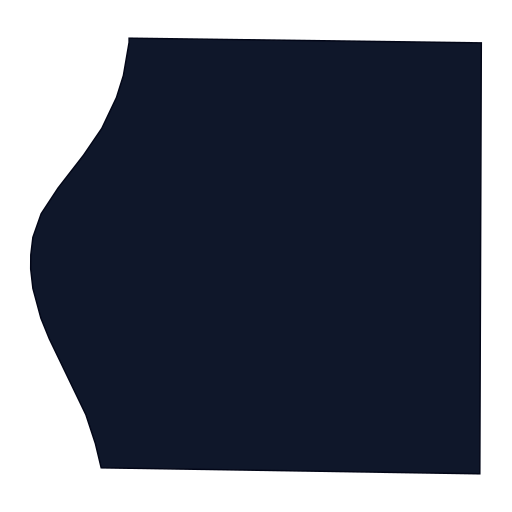 Oceana, Michigan, United States of America
{"feature_id": "52423323B31679500677", "entity_name": "Oceana", "entity_type": "district", "adm_level": 2, "iso_a3": "USA", "parent_name": "United States of America", "parent_adm1": "Michigan", "projection": "mercator", "projection_center": [-86.423, 43.643], "detail": "fine", "context": "isolated", "style": "filled", "palette": "ink", "viewbox_px": 512, "rotation_deg": 0, "n_neighbors": 0, "source": "geoboundaries", "source_scale": "gbopen_adm2", "svg_char_len": 356}
<svg xmlns="http://www.w3.org/2000/svg" viewBox="0 0 512 512"><path d="M479.8,473.8L481.3,42.9L129.1,38.2L129.1,42.4L123.4,75.5L116.5,97.5L101.8,128.4L83.6,155.1L58.1,188.0L41.2,213.7L32.9,237.3L30.8,254.9L30.7,269.0L32.9,288.4L40.9,318.1L49.3,338.8L85.9,414.7L95.4,443.6L101.2,467.8L479.8,473.8Z" fill="#0f172a" stroke="#020617" stroke-width="1.5"/></svg>